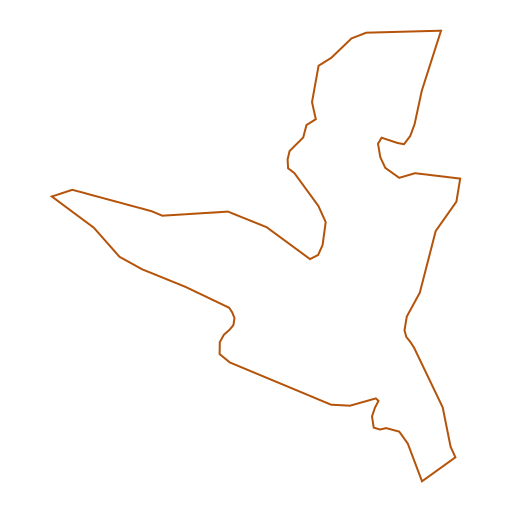 Kranj, Mercator projection
{"feature_id": "SVN-1013", "entity_name": "Kranj", "entity_type": "Municipality", "adm_level": 1, "iso_a3": "SVN", "parent_name": "Slovenia", "parent_adm1": "", "projection": "mercator", "projection_center": [14.335, 46.256], "detail": "fine", "context": "isolated", "style": "outline", "palette": "amber", "viewbox_px": 512, "rotation_deg": 0, "n_neighbors": 0, "source": "natural_earth", "source_scale": "10m", "svg_char_len": 994}
<svg xmlns="http://www.w3.org/2000/svg" viewBox="0 0 512 512"><path d="M442.7,407.4L450.6,446.8L455.4,457.3L422.0,481.3L407.8,443.6L399.2,431.6L386.1,428.1L380.0,429.5L373.7,427.6L372.0,416.4L375.0,407.6L378.5,400.9L375.8,398.4L350.0,405.7L331.1,404.7L229.9,362.5L219.6,354.1L219.8,342.2L223.9,334.7L229.4,329.9L233.4,325.1L234.5,318.1L232.2,312.4L229.2,307.8L185.5,286.9L142.1,269.3L119.5,256.8L93.8,227.7L51.8,196.5L72.3,189.8L151.9,211.3L162.3,215.7L227.9,211.6L266.6,227.2L310.0,259.1L318.1,255.0L322.6,245.0L325.7,222.1L318.4,206.0L294.4,173.1L288.1,168.3L287.6,159.4L289.6,151.0L303.2,137.5L306.5,125.0L315.8,119.2L312.0,102.1L318.6,65.7L331.3,57.8L351.5,38.4L366.2,32.7L441.0,30.7L421.8,90.7L414.6,124.1L410.3,135.9L404.0,144.2L397.5,143.0L381.6,137.7L378.0,143.7L380.3,157.2L385.3,167.9L399.2,177.8L415.1,173.2L460.2,178.6L456.4,201.7L435.7,231.0L419.8,292.7L406.8,316.5L404.5,330.3L406.3,336.9L410.6,342.3L414.1,347.8L442.7,407.4Z" fill="none" stroke="#b45309" stroke-width="2"/></svg>